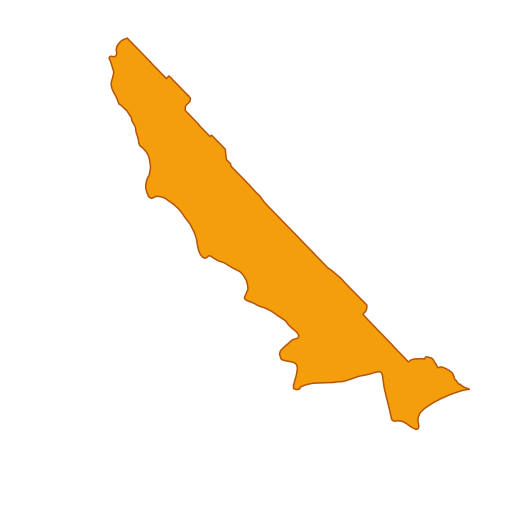 outline of Frecatei, Braila, Romania, rotated 134°
{"feature_id": "2599482B580014738144", "entity_name": "Frecatei", "entity_type": "district", "adm_level": 2, "iso_a3": "ROU", "parent_name": "Romania", "parent_adm1": "Braila", "projection": "orthographic", "projection_center": [28.064, 45.013], "detail": "fine", "context": "isolated", "style": "filled", "palette": "amber", "viewbox_px": 512, "rotation_deg": 134, "n_neighbors": 0, "source": "geoboundaries", "source_scale": "gbopen_adm2", "svg_char_len": 5915}
<svg xmlns="http://www.w3.org/2000/svg" viewBox="0 0 512 512"><g transform="rotate(134 256 256)"><path d="M237.2,26.2L230.1,23.8L222.2,20.7L216.9,18.2L209.9,14.4L206.5,12.2L203.4,9.6L204.8,12.7L205.1,13.4L205.9,15.8L206.1,16.7L206.3,17.6L206.4,18.2L206.5,20.3L207.3,20.5L207.1,21.8L207.1,22.3L207.1,22.8L207.1,23.0L207.1,23.3L207.0,23.8L206.6,24.9L206.5,25.4L206.5,25.9L206.7,26.4L206.7,26.7L206.7,27.1L206.4,27.6L205.5,29.3L204.9,30.5L204.5,31.4L204.2,32.3L203.9,33.5L203.8,34.0L203.8,35.2L203.9,36.0L204.5,38.9L205.0,40.9L205.1,41.4L206.2,43.9L206.5,44.6L206.9,45.2L207.2,45.7L207.4,46.0L207.8,46.3L208.3,46.6L208.7,46.8L209.7,47.2L209.9,47.4L210.0,47.5L210.0,48.0L209.9,48.2L209.2,50.1L208.9,50.8L208.5,52.6L208.4,53.6L208.3,53.9L207.8,55.2L207.7,55.5L207.5,56.3L207.4,57.0L207.4,58.0L207.4,58.5L207.5,58.9L207.7,59.3L208.3,60.3L208.6,61.0L209.8,62.9L210.1,63.3L210.3,63.5L210.5,63.7L210.8,63.7L211.3,63.7L211.9,63.6L212.7,63.3L212.9,63.3L213.0,63.3L213.2,63.5L214.1,64.6L214.7,65.4L215.5,66.3L217.9,68.4L219.2,69.8L220.4,70.8L220.9,71.1L221.7,71.6L223.1,72.2L223.8,72.4L225.6,72.6L226.0,72.7L226.1,72.8L226.3,73.0L226.3,73.3L226.1,78.0L225.8,87.6L225.5,95.1L225.5,95.4L225.3,96.3L225.3,96.5L225.0,106.1L224.9,108.8L224.7,115.0L224.7,116.4L224.1,131.6L223.8,137.4L223.7,137.9L223.7,138.1L223.5,138.3L223.4,138.4L222.9,138.6L222.5,138.7L222.0,138.8L220.4,138.6L220.0,138.6L219.6,138.7L218.8,139.0L217.8,139.4L217.3,139.6L216.3,140.3L215.5,141.0L214.8,141.6L214.4,142.0L214.3,142.3L214.2,144.0L214.1,145.6L214.1,148.9L214.1,150.6L214.0,155.5L213.7,166.7L213.5,173.3L213.3,174.9L213.2,175.8L213.1,180.4L213.2,182.1L213.5,185.9L214.0,192.7L214.1,193.4L214.2,194.0L214.4,194.8L214.6,195.6L214.6,195.8L214.6,196.2L214.4,203.9L214.2,208.9L214.1,213.3L213.9,217.1L213.3,235.5L213.1,240.1L212.8,251.4L212.1,272.7L211.9,280.5L211.8,282.5L211.6,284.6L211.6,285.1L211.7,285.9L211.6,286.8L211.5,287.4L210.5,292.9L210.3,294.3L210.2,295.1L210.2,298.1L210.2,300.5L209.6,310.0L209.5,313.1L209.2,319.7L209.1,324.3L209.1,325.4L209.1,326.1L208.8,335.3L208.8,336.3L208.7,336.4L208.6,336.7L207.6,337.9L207.5,338.1L207.4,338.3L207.3,338.5L207.2,343.4L207.1,343.8L207.0,344.2L206.6,344.9L206.0,345.8L202.6,349.8L200.9,351.8L200.6,352.2L200.5,352.4L200.5,352.6L200.6,353.1L200.4,355.6L200.2,362.3L200.2,362.8L200.2,363.6L200.0,369.9L200.0,371.7L200.0,371.8L200.3,372.0L201.7,372.0L201.9,372.0L202.0,372.1L202.0,372.3L201.8,380.0L201.5,386.7L201.2,388.7L201.1,390.2L201.0,392.2L200.8,397.8L200.5,407.6L200.4,407.9L200.2,408.2L199.6,408.9L198.4,409.9L197.4,410.6L197.2,410.8L196.8,410.9L196.6,410.8L196.3,410.9L190.9,410.9L190.7,411.0L190.4,411.1L188.2,412.5L188.0,412.9L187.9,414.5L187.6,416.5L187.8,416.5L187.5,424.3L187.2,432.7L187.1,437.6L187.0,438.8L186.9,443.6L190.6,443.8L190.4,450.8L190.2,456.1L190.1,462.8L189.8,466.3L189.8,467.0L189.7,467.0L189.7,469.6L189.6,472.3L189.4,477.8L189.0,491.2L188.9,495.2L188.7,500.0L189.7,500.4L191.7,501.4L193.7,502.1L195.4,502.4L196.2,502.4L197.2,502.4L201.3,501.9L202.8,501.1L204.8,499.8L206.2,498.0L206.9,497.0L207.6,496.4L208.0,496.2L209.4,495.9L210.7,496.2L211.6,497.0L212.7,498.7L213.5,499.4L214.5,499.6L215.2,499.4L215.9,498.9L217.3,495.4L222.3,486.3L223.2,485.5L224.2,484.9L225.7,484.0L227.6,482.9L229.1,482.1L230.3,481.5L231.5,480.7L232.4,480.1L232.8,479.8L233.4,479.2L234.0,478.5L235.2,476.6L235.5,476.1L235.9,475.2L236.5,473.9L239.0,466.2L241.8,460.2L241.3,457.6L241.3,456.9L241.3,453.3L241.3,449.5L241.7,447.7L242.3,445.4L242.9,442.1L244.5,440.0L245.0,438.9L247.0,432.4L249.0,429.9L250.4,428.0L252.2,424.5L254.3,421.1L256.3,418.6L257.3,416.3L257.0,412.1L257.3,408.1L257.7,405.8L259.0,402.2L260.3,400.2L261.5,398.4L264.9,394.1L267.4,392.0L272.6,388.7L274.9,388.4L277.2,387.4L279.2,386.2L281.3,384.8L282.1,384.1L283.8,382.5L284.2,381.8L285.1,380.2L286.6,377.6L287.5,375.5L287.8,374.7L287.8,373.4L287.5,371.8L286.5,370.7L284.6,370.3L283.4,369.5L281.9,368.8L280.2,366.6L279.5,365.5L279.0,364.5L278.1,363.0L277.6,361.1L277.3,359.6L277.2,358.4L276.7,355.1L276.3,353.0L276.0,350.5L276.0,346.9L275.9,343.9L276.2,341.2L276.7,338.0L277.4,335.3L278.7,326.6L279.1,324.9L281.6,317.6L282.6,315.3L284.9,311.0L286.1,309.2L287.2,307.9L288.5,306.2L290.4,303.4L291.2,302.3L292.8,299.0L293.4,297.5L293.5,297.2L293.8,294.7L293.8,292.7L292.9,291.0L292.2,290.7L290.9,290.3L288.7,290.1L287.7,288.9L286.3,282.1L285.5,279.5L283.0,274.1L281.7,268.7L281.4,267.2L281.1,265.6L280.0,261.8L279.0,258.7L278.3,255.8L278.7,251.5L280.4,245.6L283.2,241.3L285.5,238.7L294.2,235.3L294.7,233.5L294.5,232.1L293.3,229.0L293.0,228.8L291.3,224.0L290.3,220.3L289.2,217.4L287.9,215.1L286.9,212.7L285.1,206.9L284.3,202.7L283.7,198.3L282.1,189.6L283.0,184.7L282.9,178.8L282.6,176.4L282.5,173.9L282.8,172.5L283.4,170.1L284.9,169.1L286.3,168.9L288.2,170.0L289.7,171.1L290.2,171.2L291.1,171.6L294.5,172.0L296.8,172.0L299.9,172.4L305.5,172.7L308.0,172.3L310.3,170.8L311.2,169.1L312.5,167.1L312.6,165.8L312.3,164.6L310.9,162.0L309.1,159.4L307.5,157.0L306.4,154.9L306.0,153.5L305.9,152.7L306.1,151.4L306.6,150.1L307.3,149.1L309.0,147.4L311.1,146.0L313.3,144.5L315.1,143.4L318.0,142.0L320.3,140.6L322.4,139.7L323.9,138.3L325.1,137.1L325.1,136.5L324.1,134.1L322.6,133.0L321.4,132.3L320.4,132.6L319.2,133.0L317.4,132.3L314.0,130.6L312.3,129.6L310.5,128.4L308.8,127.2L307.7,126.4L299.4,118.5L293.5,112.7L289.7,109.8L286.6,106.8L283.3,104.7L274.8,100.3L271.8,98.9L269.8,97.6L264.9,94.1L263.6,93.3L261.6,92.0L258.8,90.5L256.3,89.0L254.5,87.7L253.9,87.2L253.4,86.7L253.0,85.8L252.9,84.9L253.2,83.7L254.4,81.7L257.6,77.6L260.6,73.8L262.8,70.7L264.0,68.7L266.4,65.1L268.9,61.0L270.6,58.2L273.0,54.4L274.8,51.8L279.0,45.4L279.5,43.9L279.2,42.8L278.3,41.4L275.9,39.4L274.3,37.4L273.4,35.9L273.0,35.1L272.1,31.6L271.3,25.8L269.7,20.7L269.0,19.9L267.9,19.5L266.7,19.8L265.4,20.6L264.1,22.2L262.7,24.4L259.5,27.2L257.5,28.0L255.2,28.9L253.6,29.1L248.4,28.8L245.5,28.2L238.8,26.7L237.2,26.2Z" fill="#f59e0b" stroke="#b45309" stroke-width="1.5"/></g></svg>